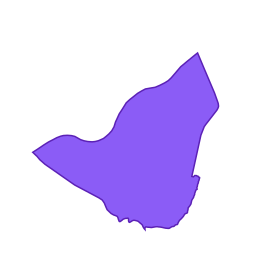 Pakse, Champasak, Laos, rotated 107°
{"feature_id": "54806243B60589909949594", "entity_name": "Pakse", "entity_type": "district", "adm_level": 2, "iso_a3": "LAO", "parent_name": "Laos", "parent_adm1": "Champasak", "projection": "albers", "projection_center": [105.849, 15.117], "detail": "fine", "context": "isolated", "style": "filled", "palette": "violet", "viewbox_px": 256, "rotation_deg": 107, "n_neighbors": 0, "source": "geoboundaries", "source_scale": "gbopen_adm2", "svg_char_len": 2863}
<svg xmlns="http://www.w3.org/2000/svg" viewBox="0 0 256 256"><g transform="rotate(107 128 128)"><path d="M113.6,56.2L104.5,55.5L102.0,54.7L84.9,48.2L82.9,47.8L81.1,47.7L79.9,48.1L78.0,49.0L75.8,50.6L69.1,55.6L49.1,72.4L35.9,83.4L38.3,85.1L46.8,90.8L54.0,95.5L63.9,99.8L67.5,101.4L71.0,103.4L74.1,106.1L78.0,110.2L81.1,113.9L83.4,118.5L85.6,122.8L88.8,126.0L92.1,129.0L95.5,131.3L100.1,134.5L104.3,137.0L111.5,138.9L117.0,140.5L122.3,141.2L125.8,141.7L130.9,141.7L135.4,142.7L139.4,144.6L142.6,146.6L145.2,148.4L147.4,150.9L148.9,152.7L150.5,155.4L151.7,158.2L152.7,162.5L153.1,166.3L153.0,170.0L152.1,174.0L151.6,176.4L151.8,179.8L152.7,183.8L154.1,187.6L155.6,190.1L158.1,193.3L161.3,196.5L163.6,198.9L164.7,200.0L168.5,203.3L172.0,206.1L176.0,209.4L179.1,212.0L181.4,207.4L181.4,207.2L184.1,203.1L187.0,196.7L198.1,162.3L203.3,135.4L204.4,131.6L206.7,128.7L209.9,126.1L212.2,124.1L214.7,119.2L215.1,117.4L215.3,116.6L215.4,115.7L215.4,114.7L215.5,113.6L215.6,112.7L215.9,112.2L216.4,111.7L217.0,111.2L217.7,110.8L218.4,110.3L219.3,109.6L219.7,109.3L219.9,109.0L219.9,108.7L219.9,108.4L219.6,108.0L218.8,107.4L218.0,106.8L217.1,106.3L216.5,105.8L216.1,105.3L215.6,104.6L215.2,104.0L214.8,102.9L214.4,102.2L214.3,101.7L214.3,101.3L214.7,101.0L215.2,100.8L215.9,100.6L216.4,100.4L216.9,100.2L217.4,99.8L217.7,99.5L217.8,99.2L217.7,98.8L217.0,98.1L216.2,97.4L215.6,96.9L215.1,96.4L214.7,95.8L214.4,95.0L214.3,93.9L214.2,92.4L214.2,91.4L214.4,90.6L214.9,89.6L215.4,88.5L215.8,87.5L216.2,86.6L216.5,86.1L217.0,85.6L217.6,85.1L218.3,84.5L219.0,83.7L219.7,82.8L220.1,82.1L219.2,82.5L218.6,82.5L218.2,82.5L217.8,82.4L217.4,82.0L217.2,81.6L217.2,80.8L217.0,79.8L216.7,78.5L216.5,77.4L216.4,76.7L215.9,75.6L215.4,74.7L214.8,73.5L214.2,72.3L213.8,71.0L213.6,69.5L213.3,68.3L213.1,66.7L213.0,65.4L212.8,62.9L212.5,61.5L212.3,60.4L212.1,59.8L211.9,59.3L211.6,59.0L211.2,58.7L210.8,58.2L210.2,57.8L209.8,57.5L209.4,57.0L209.1,56.2L208.8,55.6L208.2,55.0L207.5,54.7L207.0,54.4L206.5,53.9L206.1,53.0L205.9,52.7L205.5,52.5L205.0,52.4L204.2,52.4L203.1,52.2L202.2,52.0L201.3,51.7L200.4,51.3L199.0,50.4L198.0,50.0L196.8,49.4L195.9,49.1L194.6,48.8L194.0,48.6L193.4,48.3L192.9,47.8L192.4,47.1L192.1,46.7L191.6,46.5L190.9,46.5L190.0,46.8L189.0,46.7L186.7,47.1L185.5,46.6L184.5,46.2L182.3,45.6L178.6,45.9L177.2,45.6L175.6,45.1L175.0,45.0L174.5,45.1L173.2,45.0L172.3,44.8L171.1,45.1L169.3,45.0L167.7,45.0L167.0,44.5L166.3,44.0L165.4,44.5L164.7,44.8L163.8,44.6L163.1,44.7L162.0,44.9L161.3,44.9L160.5,44.8L159.8,44.7L158.9,45.0L158.4,45.0L157.8,44.8L157.3,44.8L156.5,44.9L155.4,44.9L154.8,44.9L154.5,45.0L154.3,45.2L154.3,45.7L154.3,46.2L154.2,46.4L153.7,46.8L153.6,47.1L153.7,47.5L153.7,48.0L153.5,48.6L153.6,49.1L153.9,50.1L154.0,50.4L154.4,50.6L154.9,50.7L155.4,51.0L155.6,51.3L155.6,51.7L155.7,52.7L155.7,52.8L113.6,56.2Z" fill="#8b5cf6" stroke="#5b21b6" stroke-width="1.5"/></g></svg>